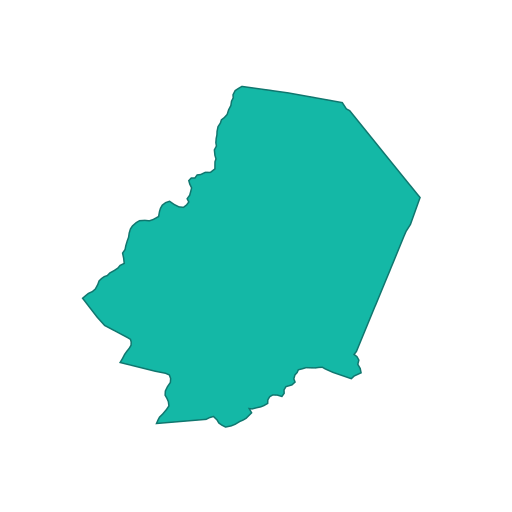 outline of Senhor do Bonfim, Bahia, Brazil, rotated 240°
{"feature_id": "56859067B69300901426109", "entity_name": "Senhor do Bonfim", "entity_type": "district", "adm_level": 2, "iso_a3": "BRA", "parent_name": "Brazil", "parent_adm1": "Bahia", "projection": "robinson", "projection_center": [-40.117, -10.481], "detail": "fine", "context": "isolated", "style": "filled", "palette": "teal", "viewbox_px": 512, "rotation_deg": 240, "n_neighbors": 0, "source": "geoboundaries", "source_scale": "gbopen_adm2", "svg_char_len": 2232}
<svg xmlns="http://www.w3.org/2000/svg" viewBox="0 0 512 512"><g transform="rotate(240 256 256)"><path d="M306.1,84.7L282.2,87.9L271.5,90.2L249.2,104.2L246.6,105.6L243.9,104.9L241.2,103.2L239.5,100.2L238.1,96.6L236.5,93.1L234.0,89.2L231.7,85.1L206.6,111.1L199.7,119.0L196.3,121.5L192.5,120.8L189.3,118.6L187.1,114.0L184.4,110.0L180.9,107.7L177.3,107.7L173.7,107.3L169.7,105.6L167.8,101.7L165.8,96.2L164.7,91.9L163.0,89.2L160.7,86.1L139.5,131.1L139.3,134.8L138.3,138.9L133.5,140.3L130.0,140.3L126.7,141.8L123.1,144.1L121.3,149.5L120.7,153.8L120.8,159.4L120.4,162.6L120.4,166.3L121.5,170.4L122.4,173.8L127.3,173.8L125.5,176.2L124.3,180.6L123.0,184.6L122.5,188.0L122.5,192.4L125.5,194.3L127.3,197.5L127.3,201.0L124.9,204.9L121.4,208.2L123.0,211.7L126.0,213.3L127.9,216.6L126.4,222.7L127.3,226.8L130.7,227.3L133.5,230.2L134.5,233.3L136.3,235.8L135.2,239.6L134.3,243.5L131.5,248.0L129.4,251.5L128.1,254.7L126.4,257.9L123.9,259.3L116.8,264.4L102.1,277.2L103.0,281.1L102.3,288.6L106.5,290.0L111.3,290.0L114.4,293.0L118.3,293.1L121.7,291.7L123.1,295.2L152.4,333.2L154.3,335.8L169.7,355.8L176.1,364.2L178.4,367.1L181.5,371.2L199.0,393.8L202.4,398.4L206.1,405.5L224.6,427.3L230.1,426.4L236.5,425.4L241.8,424.5L279.6,418.5L335.0,409.8L338.2,407.8L345.7,407.4L381.1,365.5L409.9,328.6L409.9,324.9L409.7,320.7L407.1,316.7L404.3,315.3L402.3,312.2L398.9,309.5L396.3,305.4L393.0,301.8L391.7,297.7L391.2,294.1L388.9,291.6L387.0,287.8L383.4,284.6L380.4,282.7L377.7,280.3L374.2,277.9L371.0,276.7L368.7,273.0L363.8,270.8L360.1,269.9L358.1,267.6L355.6,266.1L352.0,264.0L351.2,258.3L353.8,253.9L354.2,248.8L355.6,245.6L354.1,242.0L355.9,238.9L354.9,235.5L351.4,234.6L347.2,234.3L344.8,232.0L341.8,229.0L340.0,225.0L336.4,224.8L334.9,221.4L334.4,217.5L337.1,213.8L341.5,210.9L346.6,208.5L347.4,204.4L346.9,200.3L345.1,197.2L342.9,194.8L338.9,191.4L339.0,185.3L339.8,181.2L342.4,177.6L344.8,172.8L344.8,169.0L343.8,164.0L342.2,160.8L339.3,157.7L335.9,155.0L333.5,152.1L329.9,148.3L327.1,145.9L325.2,141.9L320.3,140.3L315.5,138.2L315.8,133.6L314.6,130.4L314.3,126.0L314.4,121.0L313.4,117.4L314.0,114.3L313.7,110.9L312.9,107.7L310.4,104.7L307.7,100.3L307.0,96.5L307.4,92.1L306.8,88.5L306.1,84.7Z" fill="#14b8a6" stroke="#0f766e" stroke-width="1.5"/></g></svg>